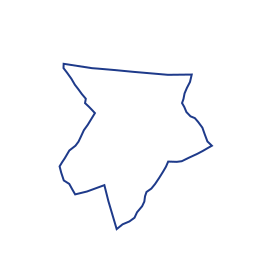 the district of Puxinanã, Paraíba, Brazil, rotated 64°
{"feature_id": "56859067B54792005713933", "entity_name": "Puxinanã", "entity_type": "district", "adm_level": 2, "iso_a3": "BRA", "parent_name": "Brazil", "parent_adm1": "Paraíba", "projection": "natural_earth1", "projection_center": [-35.958, -7.148], "detail": "fine", "context": "isolated", "style": "outline", "palette": "blue", "viewbox_px": 256, "rotation_deg": 64, "n_neighbors": 0, "source": "geoboundaries", "source_scale": "gbopen_adm2", "svg_char_len": 990}
<svg xmlns="http://www.w3.org/2000/svg" viewBox="0 0 256 256"><g transform="rotate(64 128 128)"><path d="M213.9,182.5L212.2,175.1L212.6,167.7L211.5,161.5L207.7,156.8L204.5,149.6L201.3,145.6L196.8,142.6L193.6,139.4L192.7,133.6L190.2,128.2L186.6,122.0L182.6,115.6L179.4,110.8L175.8,106.6L179.8,99.0L181.4,94.3L181.4,86.4L181.6,76.9L181.4,70.7L181.0,65.4L180.7,60.4L174.9,62.5L167.3,61.8L160.3,61.0L153.3,62.3L148.4,63.6L144.9,66.7L139.3,68.5L133.7,68.2L129.3,68.5L126.2,65.4L121.7,62.0L117.8,57.5L113.8,52.1L107.9,47.3L97.7,68.8L79.8,98.7L70.3,114.2L61.5,128.9L58.4,134.2L42.1,157.7L45.9,159.7L51.8,158.5L59.0,157.3L65.8,156.8L71.1,155.7L77.3,154.6L83.2,153.1L86.8,155.7L91.8,153.8L95.8,152.5L100.1,151.2L103.8,157.0L107.5,162.8L110.6,168.6L115.1,174.1L118.6,178.5L120.9,183.0L122.5,190.6L127.4,198.0L129.8,202.1L132.5,206.3L138.8,207.6L147.0,208.7L152.5,205.3L158.6,205.0L164.5,204.6L167.1,192.7L169.0,174.3L185.2,177.7L213.9,182.5Z" fill="none" stroke="#1e3a8a" stroke-width="2"/></g></svg>